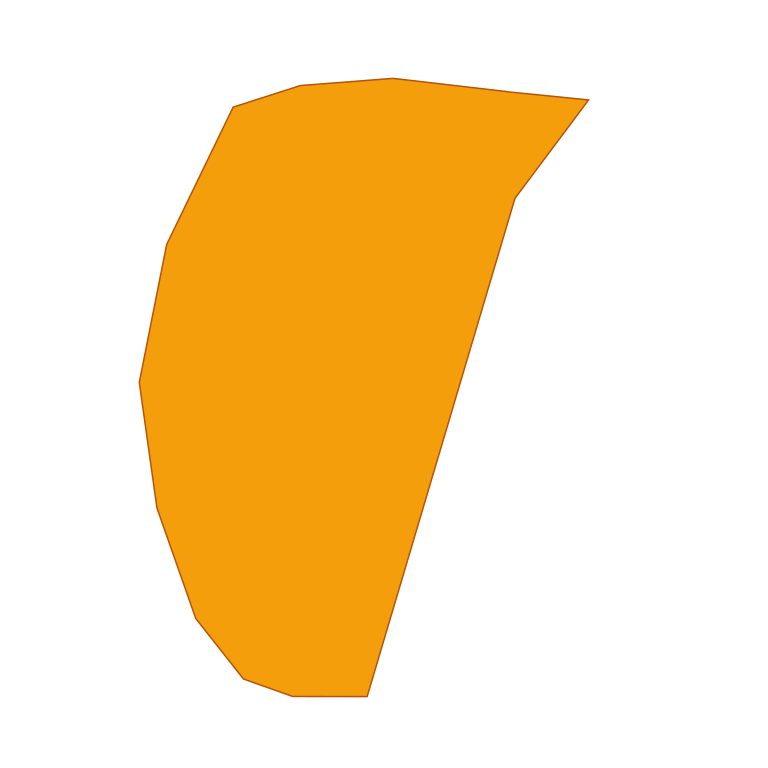 an SVG outline of Southampton, rotated 262°
{"feature_id": "GBR-2036", "entity_name": "Southampton", "entity_type": "Unitary Authority", "adm_level": 1, "iso_a3": "GBR", "parent_name": "United Kingdom", "parent_adm1": "", "projection": "natural_earth1", "projection_center": [-1.363, 50.901], "detail": "fine", "context": "isolated", "style": "filled", "palette": "amber", "viewbox_px": 768, "rotation_deg": 262, "n_neighbors": 0, "source": "natural_earth", "source_scale": "10m", "svg_char_len": 337}
<svg xmlns="http://www.w3.org/2000/svg" viewBox="0 0 768 768"><g transform="rotate(262 384 384)"><path d="M636.8,626.1L549.6,539.5L76.8,323.8L87.3,250.0L111.4,203.8L177.9,165.0L292.7,141.9L419.6,141.9L552.4,188.2L679.2,273.2L691.2,342.9L685.4,435.5L655.1,551.4L636.8,626.1Z" fill="#f59e0b" stroke="#b45309" stroke-width="1.5"/></g></svg>